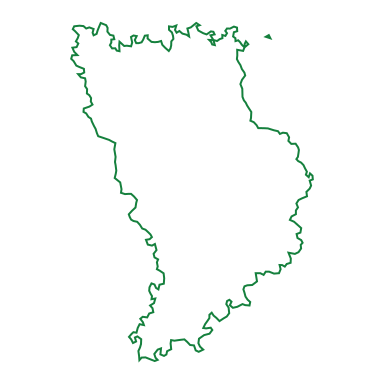 outline of Cantagalo, Paraná, Brazil
{"feature_id": "56859067B14365297137132", "entity_name": "Cantagalo", "entity_type": "district", "adm_level": 2, "iso_a3": "BRA", "parent_name": "Brazil", "parent_adm1": "Paraná", "projection": "mercator", "projection_center": [-52.14, -25.306], "detail": "fine", "context": "isolated", "style": "outline", "palette": "green", "viewbox_px": 384, "rotation_deg": 0, "n_neighbors": 0, "source": "geoboundaries", "source_scale": "gbopen_adm2", "svg_char_len": 4698}
<svg xmlns="http://www.w3.org/2000/svg" viewBox="0 0 384 384"><path d="M301.1,248.5L300.7,244.9L302.6,242.8L301.2,240.1L297.5,238.0L296.6,234.0L300.4,232.6L301.2,228.1L294.0,221.7L289.9,219.9L291.6,216.4L295.9,214.2L295.9,210.4L298.0,207.4L296.4,203.5L298.6,200.0L302.1,198.3L307.0,196.3L306.4,191.9L309.7,188.6L311.1,185.6L309.7,180.6L312.8,179.4L312.5,175.7L310.0,173.4L308.7,177.2L305.9,174.7L306.9,171.7L305.1,168.5L303.5,165.1L301.1,162.6L298.2,161.1L296.4,159.1L297.9,156.9L298.5,153.0L298.9,150.0L298.1,147.4L295.6,143.7L291.3,143.9L288.4,140.9L289.1,137.3L286.8,133.2L282.9,132.7L279.9,133.9L278.0,131.2L274.0,130.3L267.9,128.4L263.9,128.2L258.2,128.1L256.6,125.2L253.8,122.2L250.4,120.7L251.0,118.0L251.3,112.0L249.2,108.8L247.1,105.5L245.7,102.6L243.9,100.4L242.5,96.9L242.3,88.8L240.4,84.1L242.0,79.8L245.2,75.5L244.4,72.6L241.9,69.1L240.4,65.1L238.5,62.2L236.9,59.1L237.3,55.5L237.2,49.8L243.1,50.9L244.5,47.4L241.7,44.6L240.1,42.2L238.2,40.3L235.5,41.1L235.4,38.2L233.1,36.5L233.9,32.2L237.2,31.2L237.0,27.6L233.9,26.6L230.0,28.6L227.0,28.5L225.3,30.9L227.0,33.2L225.4,35.9L222.3,35.0L222.4,38.2L219.7,39.1L217.1,41.0L213.4,40.0L210.5,35.3L214.6,34.4L213.4,31.8L210.9,31.4L208.8,32.9L206.6,34.4L203.2,33.2L198.3,30.5L196.4,26.3L199.6,25.2L196.2,23.0L192.9,25.7L190.8,27.4L187.4,28.5L188.3,32.2L189.1,36.5L186.5,34.7L182.4,33.6L179.4,31.0L176.6,32.7L175.0,29.9L176.3,25.5L172.6,26.9L169.0,26.4L169.0,29.8L171.9,32.4L173.0,35.8L173.4,38.9L171.3,41.4L171.2,45.3L170.5,48.4L168.8,51.0L165.1,47.7L162.3,44.8L161.1,41.0L158.1,41.9L154.9,42.2L151.5,41.9L147.6,38.5L147.7,35.3L144.8,35.7L143.2,39.6L141.6,42.3L138.8,43.1L136.2,43.1L134.8,40.0L136.7,36.1L133.5,35.5L131.0,37.0L132.2,42.5L131.1,46.3L126.8,45.7L124.2,46.0L119.5,41.7L119.2,45.4L119.5,51.2L116.7,50.6L115.3,48.3L112.1,48.4L109.9,45.2L111.3,42.6L111.3,39.6L114.3,39.2L113.4,35.6L110.0,34.9L107.4,31.6L107.6,27.9L106.2,25.2L103.2,24.0L100.7,23.0L99.0,27.0L97.6,30.5L96.6,33.9L93.6,35.3L92.6,32.7L93.6,29.0L89.3,27.4L86.2,28.5L83.5,26.1L79.5,25.7L74.2,26.3L72.8,29.2L74.9,31.0L78.8,35.1L77.7,38.2L75.9,41.4L78.3,43.5L76.6,47.1L72.4,47.7L74.2,51.8L77.4,55.1L72.2,55.3L71.2,58.8L73.6,61.1L76.3,65.6L79.1,66.9L83.9,68.8L84.2,72.5L81.1,74.1L78.1,74.1L80.9,77.4L85.1,78.3L85.7,81.5L85.1,86.2L87.1,89.1L86.9,93.5L89.3,95.2L91.1,98.1L90.8,101.5L92.5,104.6L89.4,106.6L83.8,108.5L83.5,111.9L86.2,113.4L88.4,116.9L91.0,118.6L91.8,121.4L94.0,126.0L95.6,128.9L96.9,133.1L98.2,136.2L103.0,137.8L109.1,139.9L112.0,141.5L115.4,143.1L114.3,149.3L115.6,156.9L115.0,162.0L115.6,165.1L116.3,170.7L115.7,174.0L114.7,178.0L120.2,182.4L121.5,189.2L121.0,192.8L125.0,194.1L127.9,193.9L131.1,193.9L134.0,196.5L137.0,200.0L136.2,202.9L135.5,207.5L131.9,210.9L128.8,214.3L129.8,217.1L131.1,219.6L133.5,221.0L137.2,221.8L139.9,224.8L142.2,228.5L145.5,229.7L148.5,232.5L150.5,234.5L151.9,237.1L149.6,239.2L146.0,239.8L147.8,244.6L152.0,245.6L154.9,244.0L156.5,250.1L153.6,253.8L154.5,257.4L158.1,259.4L156.9,262.3L157.7,266.5L156.9,269.2L159.6,270.6L163.6,273.3L164.2,278.3L163.8,283.7L159.5,284.7L158.4,289.4L156.0,287.9L154.5,284.5L151.5,283.4L149.5,287.3L149.2,290.8L150.5,293.6L152.0,296.1L151.5,299.2L155.3,298.5L154.0,303.1L150.1,305.5L152.5,308.2L153.3,312.2L149.2,313.5L147.2,317.4L142.7,316.8L140.3,318.8L142.9,322.2L143.9,325.1L139.6,324.2L137.7,328.0L136.5,332.7L133.4,332.2L131.5,334.0L129.0,336.9L131.2,339.4L133.0,343.0L136.1,341.5L134.9,337.5L137.4,336.4L141.2,339.2L141.0,344.1L140.0,347.5L138.4,351.0L139.1,355.9L139.4,360.1L141.6,357.6L145.5,357.4L154.6,361.0L157.6,359.9L155.5,357.7L154.3,354.0L157.7,349.6L161.0,348.4L160.4,354.4L164.0,355.9L166.4,354.5L167.1,351.2L171.2,349.2L170.6,343.5L171.1,340.1L174.5,340.7L177.1,340.3L180.8,339.8L184.4,339.4L187.3,342.0L190.1,345.0L194.0,345.4L195.7,350.4L198.7,351.8L203.2,349.6L200.0,346.6L198.4,343.2L199.0,338.7L204.1,335.1L209.5,333.7L212.3,330.0L210.7,327.7L206.1,328.4L203.3,328.0L205.1,324.2L206.9,321.7L209.4,318.1L209.4,314.8L211.7,312.7L213.6,315.6L216.4,317.9L219.5,321.1L223.7,318.3L226.8,316.5L229.2,313.2L228.6,307.6L226.3,304.1L227.1,301.0L229.4,299.8L231.5,301.7L229.9,305.2L232.9,307.8L237.3,306.8L242.5,304.1L245.1,305.1L249.5,305.5L250.2,302.0L247.6,299.7L245.5,296.6L244.5,292.8L243.4,289.3L244.5,286.3L247.3,285.3L252.2,285.0L257.0,281.4L255.7,273.2L260.3,273.2L263.6,274.9L265.7,271.7L269.2,271.7L274.0,273.6L279.0,273.2L280.6,269.2L279.6,265.0L282.2,265.1L284.8,266.6L286.7,264.0L290.6,262.8L290.8,258.5L288.5,252.7L294.9,253.9L298.5,252.2L301.1,248.5ZM213.4,40.0L214.8,45.1L212.2,44.5L211.1,41.9L209.1,39.9L213.4,40.0ZM244.5,47.4L248.3,44.2L245.9,41.4L244.7,43.9L244.5,47.4ZM268.8,35.1L265.8,36.8L270.4,38.3L268.8,35.1Z" fill="none" stroke="#15803d" stroke-width="2"/></svg>